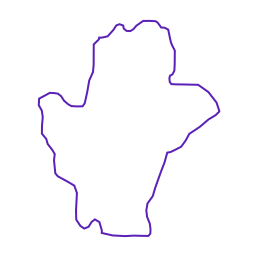 the border of Kočani, rotated 183°
{"feature_id": "MKD-2939", "entity_name": "Kočani", "entity_type": "Statistical Region", "adm_level": 1, "iso_a3": "MKD", "parent_name": "North Macedonia", "parent_adm1": "", "projection": "robinson", "projection_center": [22.392, 41.974], "detail": "fine", "context": "isolated", "style": "outline", "palette": "violet", "viewbox_px": 256, "rotation_deg": 183, "n_neighbors": 0, "source": "natural_earth", "source_scale": "10m", "svg_char_len": 1437}
<svg xmlns="http://www.w3.org/2000/svg" viewBox="0 0 256 256"><g transform="rotate(183 128 128)"><path d="M37.9,150.1L37.7,149.2L41.2,145.4L48.0,140.8L56.5,132.8L66.5,125.4L69.6,118.8L73.9,112.1L79.2,109.0L84.3,106.2L87.5,105.5L89.7,95.6L92.3,87.6L93.4,84.1L97.7,69.7L99.7,61.3L104.6,53.6L105.4,46.6L104.3,40.3L101.2,33.6L100.2,27.8L100.2,26.2L100.2,23.6L102.0,21.3L106.4,21.1L116.8,20.8L125.3,19.9L129.8,19.9L134.9,19.9L137.8,19.9L141.2,20.5L148.7,21.8L148.7,24.1L151.6,32.5L156.3,35.0L159.5,32.2L162.2,27.3L166.4,25.3L170.4,27.7L174.9,33.8L175.6,43.0L175.6,60.4L178.6,67.6L185.4,71.2L195.6,76.1L198.2,78.9L200.2,91.8L199.8,98.2L202.5,102.2L207.4,107.9L209.0,112.7L213.7,117.9L214.0,125.6L213.7,134.5L215.0,140.9L218.3,146.1L218.3,152.7L215.1,154.6L207.9,159.0L203.7,159.0L199.7,158.6L196.4,156.2L193.2,151.8L188.9,148.5L185.6,146.9L179.7,146.9L174.5,147.3L172.5,150.5L170.6,161.8L169.2,173.5L165.9,182.0L165.6,189.2L166.6,209.7L161.7,215.0L161.5,216.8L159.1,216.8L153.1,218.5L147.7,225.2L145.1,229.8L141.9,231.2L138.2,230.1L137.4,227.0L134.5,224.9L130.8,224.9L127.7,227.0L125.1,230.5L118.5,235.7L112.0,236.1L107.0,236.1L106.1,236.1L103.8,234.7L100.1,230.1L97.0,230.1L93.0,228.4L90.7,219.6L89.6,215.7L88.1,212.6L85.3,207.7L84.7,193.7L84.7,187.7L86.4,183.9L88.7,182.5L89.3,180.0L88.7,176.2L87.0,174.1L82.2,174.1L74.5,174.4L60.2,174.8L49.6,168.1L40.9,158.0L38.0,150.6L37.9,150.1Z" fill="none" stroke="#5b21b6" stroke-width="2"/></g></svg>